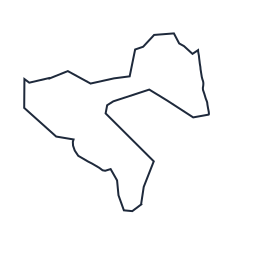 the district of Morne Road, Castries, Saint Lucia, rotated 341°
{"feature_id": "8701671B28120595422367", "entity_name": "Morne Road", "entity_type": "district", "adm_level": 2, "iso_a3": "LCA", "parent_name": "Saint Lucia", "parent_adm1": "Castries", "projection": "equal_earth", "projection_center": [-60.995, 14.006], "detail": "fine", "context": "isolated", "style": "outline", "palette": "slate", "viewbox_px": 256, "rotation_deg": 341, "n_neighbors": 0, "source": "geoboundaries", "source_scale": "gbopen_adm2", "svg_char_len": 1002}
<svg xmlns="http://www.w3.org/2000/svg" viewBox="0 0 256 256"><g transform="rotate(341 128 128)"><path d="M202.2,53.5L183.0,48.5L168.8,56.1L160.3,56.1L146.4,79.7L130.9,76.5L107.3,73.8L107.1,73.8L89.6,54.6L69.7,55.6L69.7,55.1L49.4,53.0L46.0,48.0L36.4,75.2L57.3,112.7L72.8,121.1L71.3,123.2L70.3,126.8L70.3,132.0L71.9,138.1L79.3,146.7L82.4,149.9L87.8,156.2L90.2,159.7L92.5,161.0L98.2,161.2L100.6,174.0L97.1,188.5L97.3,204.5L105.0,208.0L115.8,204.5L115.7,204.1L123.7,188.8L141.5,167.9L111.6,106.9L115.7,99.7L122.8,98.0L160.6,98.6L173.9,114.7L193.1,139.2L208.6,141.6L209.1,141.1L209.6,139.1L210.1,135.5L210.7,131.8L211.2,129.5L211.2,127.8L211.1,125.5L211.3,120.4L211.3,118.6L211.3,116.4L211.8,114.5L212.8,112.7L213.3,111.6L213.9,110.0L214.2,108.3L214.2,106.1L214.4,103.6L214.7,102.0L215.1,99.6L215.4,98.0L215.7,96.2L216.3,93.8L216.8,90.8L217.3,88.5L217.9,85.6L218.6,82.6L218.9,80.5L219.2,78.6L219.6,77.2L213.1,78.9L207.6,68.8L203.9,64.7L202.2,53.5Z" fill="none" stroke="#1e293b" stroke-width="2"/></g></svg>